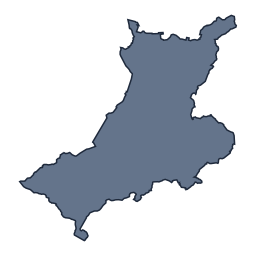 outline of Bratca, Bihor, Romania
{"feature_id": "2599482B94251984599688", "entity_name": "Bratca", "entity_type": "district", "adm_level": 2, "iso_a3": "ROU", "parent_name": "Romania", "parent_adm1": "Bihor", "projection": "robinson", "projection_center": [22.609, 46.899], "detail": "fine", "context": "isolated", "style": "filled", "palette": "slate", "viewbox_px": 256, "rotation_deg": 0, "n_neighbors": 0, "source": "geoboundaries", "source_scale": "gbopen_adm2", "svg_char_len": 5802}
<svg xmlns="http://www.w3.org/2000/svg" viewBox="0 0 256 256"><path d="M84.3,240.6L85.2,240.0L85.5,239.1L86.0,238.8L86.7,237.6L87.2,237.5L87.9,236.2L88.0,235.7L87.3,234.2L87.3,233.8L86.7,232.6L86.0,231.8L84.8,231.3L84.6,230.8L82.7,229.9L81.3,230.8L80.4,230.2L80.0,229.0L86.3,218.0L86.5,216.9L88.4,215.3L89.8,213.0L90.4,212.6L94.4,211.0L97.3,211.0L99.5,210.0L101.0,208.4L103.1,205.4L105.8,203.0L106.0,201.6L105.8,200.7L106.7,199.9L109.1,199.2L110.1,200.0L111.5,200.6L113.1,200.5L115.7,199.8L118.7,199.7L122.1,200.2L124.1,198.4L126.6,197.8L129.4,196.6L129.5,196.3L129.4,194.8L129.9,193.8L130.9,192.9L133.9,192.4L135.6,193.5L136.2,194.3L135.0,196.3L134.8,197.1L135.0,198.1L134.2,198.6L133.6,199.5L134.6,199.8L136.0,201.1L137.2,201.4L140.4,199.4L140.8,198.1L141.4,197.7L140.7,196.0L140.9,195.5L141.6,195.1L143.0,194.9L143.4,195.1L145.0,194.2L146.1,193.0L147.1,192.9L148.8,192.1L149.3,190.4L150.5,190.7L151.4,190.5L151.1,189.0L152.0,187.4L152.0,185.5L152.6,184.2L152.7,182.3L153.2,181.9L157.6,181.7L159.0,181.9L161.2,181.0L161.9,180.9L162.9,180.1L165.2,179.4L169.4,180.9L171.6,182.5L172.6,181.5L172.5,180.8L173.8,180.3L176.8,179.9L178.2,182.7L179.2,182.6L178.9,183.0L179.3,184.4L180.0,184.2L179.8,185.0L180.3,185.3L181.4,187.3L185.1,187.7L185.2,188.6L185.9,188.5L185.9,189.6L187.2,189.3L190.6,186.8L191.4,185.9L193.3,184.9L195.2,182.1L196.2,182.3L197.6,183.3L198.4,183.0L200.6,183.1L201.8,182.6L201.8,181.2L200.2,179.6L198.4,178.9L198.3,178.5L196.6,177.9L196.6,177.6L194.2,177.1L196.3,175.8L196.9,174.4L199.3,171.0L199.4,169.6L204.6,165.4L205.4,164.0L206.6,164.0L207.0,162.5L207.8,162.4L209.6,163.5L210.9,163.6L216.2,162.8L217.9,163.3L218.3,162.7L218.6,159.7L219.1,158.9L220.2,158.4L222.2,158.7L223.9,158.0L230.1,153.1L230.3,152.2L229.6,151.6L229.7,151.3L230.4,151.4L231.0,150.7L231.4,149.8L231.3,149.4L232.6,148.5L232.3,146.4L232.8,145.3L232.7,144.5L233.6,144.0L234.6,144.2L234.1,135.6L233.2,132.9L232.5,132.4L230.8,131.9L227.0,130.0L223.7,125.5L223.7,124.7L222.1,123.4L220.0,122.7L218.6,122.9L215.5,119.6L215.4,119.0L213.7,117.8L211.5,115.7L211.2,114.9L210.5,114.9L210.7,115.8L208.1,116.0L206.8,116.6L204.9,116.6L203.4,116.0L202.7,117.1L201.7,117.3L200.4,118.6L196.4,117.8L195.8,117.5L195.5,117.0L193.6,117.4L193.2,117.6L193.0,118.3L193.2,119.2L192.8,119.5L192.6,119.4L192.0,118.8L190.7,114.6L192.0,110.6L191.9,109.7L192.3,108.7L194.0,107.0L195.0,106.8L194.1,104.8L194.4,103.4L193.7,100.7L193.2,100.0L190.5,97.8L190.7,97.6L190.9,96.2L191.4,95.8L191.4,94.8L192.6,93.5L193.9,93.0L195.1,93.3L195.7,94.3L195.8,94.2L196.3,92.1L196.3,91.0L196.8,89.8L197.5,89.1L197.7,88.5L198.2,88.0L197.5,87.4L197.6,86.4L198.5,85.7L199.3,85.6L200.7,85.0L205.3,81.3L207.8,74.5L208.9,72.9L208.8,71.8L209.3,70.6L209.9,70.1L209.8,69.7L210.0,69.5L212.2,68.3L213.0,67.2L213.2,66.4L213.4,66.4L213.3,66.1L210.9,65.2L213.3,63.2L214.9,61.0L216.5,59.8L216.8,58.8L216.3,57.8L216.3,56.2L215.8,55.0L215.9,54.4L216.2,53.8L216.6,52.0L218.1,50.5L218.4,49.9L218.5,48.1L218.0,46.6L217.0,46.3L217.0,46.0L216.1,45.2L216.0,43.8L215.2,43.3L215.4,42.0L215.1,41.2L215.1,39.8L214.8,39.5L217.3,39.2L217.8,38.8L218.3,37.7L219.9,36.7L221.6,35.1L225.5,33.7L227.3,32.0L227.8,31.9L229.4,30.5L230.6,29.0L231.8,29.0L235.9,27.1L236.3,25.4L235.3,24.5L234.8,23.5L234.7,22.5L234.2,21.4L234.7,19.7L234.3,16.5L231.3,15.4L226.8,17.8L225.8,18.5L225.3,19.3L224.6,19.7L222.4,19.8L218.8,17.2L217.2,17.8L216.6,18.7L216.4,20.5L215.8,21.1L214.3,21.2L211.6,24.1L209.5,25.1L207.4,25.3L207.6,25.6L205.8,25.9L204.4,26.6L203.6,27.2L202.5,28.9L201.0,30.1L200.5,30.8L200.3,32.5L199.7,34.6L201.4,34.7L200.8,37.2L200.0,37.6L199.9,39.2L199.4,39.4L198.8,39.2L198.8,39.5L197.1,40.2L195.1,39.6L194.2,39.6L192.1,40.0L190.7,40.7L188.6,40.1L189.1,38.0L186.7,37.5L185.9,40.1L181.8,39.0L180.6,39.1L179.9,38.8L179.1,37.8L176.1,35.3L173.1,34.3L171.3,34.8L170.2,37.1L167.2,39.7L163.5,40.2L163.3,39.7L161.6,39.1L160.8,38.5L160.3,34.4L163.2,33.9L163.0,32.5L158.6,32.7L158.6,33.6L152.1,33.8L152.0,33.3L146.5,33.3L144.8,32.6L143.8,31.2L142.6,31.3L142.3,31.8L140.8,32.8L136.5,31.7L138.1,27.2L138.0,26.4L137.2,25.1L138.9,25.5L137.4,22.5L135.8,22.2L135.3,21.6L127.9,19.7L129.1,24.9L129.3,27.3L129.6,28.5L130.4,28.5L131.9,30.5L132.3,32.9L133.3,35.2L134.3,36.7L133.1,37.8L133.0,38.2L133.6,39.0L132.7,40.8L132.8,41.5L132.3,43.2L131.5,43.1L130.9,45.1L129.6,46.1L129.6,46.7L128.4,46.8L128.7,47.5L125.5,49.3L124.1,48.9L122.8,47.9L120.6,47.5L121.0,48.7L120.9,49.9L120.2,51.5L120.1,54.3L120.7,55.9L125.9,65.9L128.3,68.4L129.4,69.8L130.2,71.5L132.3,73.7L132.3,74.3L131.4,78.9L127.2,91.7L126.4,91.5L126.4,92.3L125.0,93.7L125.2,94.2L125.9,94.9L124.6,97.2L123.3,100.6L121.9,102.1L117.3,105.0L116.1,106.9L116.7,107.7L113.4,112.0L112.8,112.5L110.7,113.2L109.0,113.1L106.2,115.2L106.9,118.0L92.9,141.7L92.7,142.2L93.6,142.9L95.5,146.4L89.0,148.8L86.6,149.2L79.9,153.3L76.5,155.9L75.6,156.1L74.4,155.8L72.1,154.7L69.7,152.5L67.4,153.4L65.4,153.5L64.0,152.7L63.8,153.0L62.5,153.4L61.3,154.5L60.4,154.8L60.3,156.0L59.8,157.3L59.8,158.0L58.2,158.4L56.6,159.7L56.6,162.6L55.5,163.3L54.0,164.0L53.6,164.4L52.0,164.1L51.2,164.5L48.4,164.9L46.5,164.5L44.0,164.5L43.2,165.0L43.2,165.5L42.5,165.8L42.3,166.5L42.6,166.8L42.4,167.5L40.4,167.7L35.9,172.1L35.5,171.9L34.6,172.4L33.6,173.7L33.5,174.6L30.4,177.8L27.4,178.2L24.9,181.0L23.1,181.2L20.8,181.1L19.7,181.6L23.6,186.6L26.0,188.1L30.4,189.6L34.0,192.8L35.2,192.6L37.4,192.8L39.2,193.8L40.5,193.8L41.2,194.3L43.3,194.0L45.4,194.7L46.2,195.9L46.1,196.9L46.9,197.5L48.8,198.1L48.9,200.8L50.0,202.1L51.5,202.7L51.8,203.1L52.8,203.0L55.6,203.6L56.3,204.2L55.9,204.6L56.1,205.5L57.3,206.4L58.8,208.8L60.4,210.3L60.8,211.5L61.7,212.5L61.6,214.4L63.5,216.9L65.3,217.7L69.6,218.2L71.6,219.3L72.7,219.5L75.3,220.6L75.6,221.5L75.3,223.0L75.3,224.7L76.1,228.1L75.7,229.9L75.1,230.5L75.1,231.5L74.2,233.8L74.4,235.0L84.3,240.6Z" fill="#64748b" stroke="#1e293b" stroke-width="1.5"/></svg>